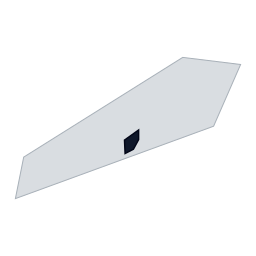 where George Hill sits in Anguilla
{"feature_id": "AIA-5116", "entity_name": "George Hill", "entity_type": "District", "adm_level": 1, "iso_a3": "AIA", "parent_name": "Anguilla", "parent_adm1": "", "projection": "robinson", "projection_center": [-63.068, 18.211], "detail": "fine", "context": "in_parent", "style": "filled", "palette": "ink", "viewbox_px": 256, "rotation_deg": 0, "n_neighbors": 0, "source": "natural_earth", "source_scale": "10m", "svg_char_len": 334}
<svg xmlns="http://www.w3.org/2000/svg" viewBox="0 0 256 256"><path d="M213.6,126.2L15.4,198.6L23.7,157.1L182.7,57.4L240.6,64.5L213.6,126.2Z" fill="#d9dde1" stroke="#a8b0b8" stroke-width="1"/><path d="M124.5,140.1L138.6,130.0L138.6,139.6L133.4,149.2L125.1,153.5L124.5,140.1Z" fill="#0f172a" stroke="#020617" stroke-width="1.5"/></svg>